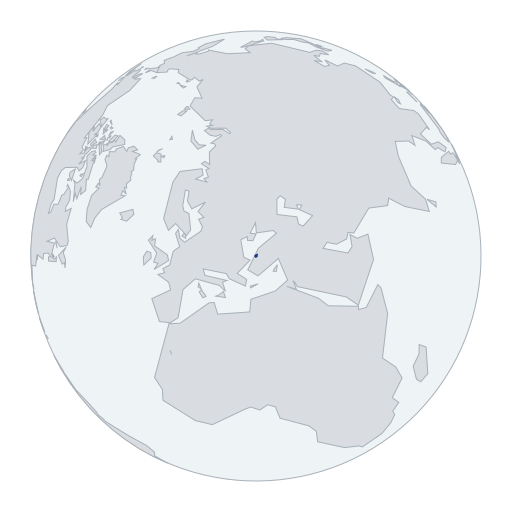 Düzce on an orthographic globe, rotated 320°
{"feature_id": "TUR-5519", "entity_name": "Düzce", "entity_type": "Province", "adm_level": 1, "iso_a3": "TUR", "parent_name": "Turkey", "parent_adm1": "", "projection": "orthographic", "projection_center": [31.197, 40.911], "detail": "fine", "context": "on_globe", "style": "filled", "palette": "blue", "viewbox_px": 512, "rotation_deg": 320, "n_neighbors": 0, "source": "natural_earth", "source_scale": "10m", "svg_char_len": 10936}
<svg xmlns="http://www.w3.org/2000/svg" viewBox="0 0 512 512"><g transform="rotate(320 256 256)"><circle cx="256" cy="256" r="225" fill="#eef3f6" stroke="#a8b0b8"/><path d="M192.4,39.9L194.6,39.3L188.3,41.2L191.3,40.5L199.5,38.4L204.2,37.2L225.8,36.1L252.8,35.5L261.9,34.3L259.4,35.8L277.1,33.5L292.1,35.0L274.7,34.1L272.7,34.8L282.7,35.9L282.7,36.9L287.6,38.2L286.7,39.5L276.7,39.5L275.9,40.5L283.0,41.3L286.7,43.5L276.3,42.1L281.6,46.0L265.7,48.0L238.7,45.3L229.4,49.4L200.4,55.3L202.6,56.7L193.0,60.5L191.9,63.7L186.8,64.4L190.4,66.4L195.3,65.2L198.5,65.8L198.3,67.8L191.8,68.8L190.9,68.0L188.9,69.3L185.7,69.1L187.2,70.3L179.3,71.7L186.8,73.3L180.2,76.9L175.1,77.1L176.1,73.2L166.7,65.6L161.9,65.5L153.9,68.8L137.9,82.7L132.3,84.6L124.3,90.0L127.1,90.4L134.4,86.5L137.7,89.2L146.2,84.6L148.7,85.2L157.2,82.6L155.3,87.4L148.9,93.6L141.8,96.3L138.7,99.3L145.1,100.7L131.3,110.0L121.5,124.2L118.0,126.5L112.0,123.1L113.1,112.7L105.4,110.3L109.8,116.6L100.9,123.0L99.2,126.2L99.4,128.9L102.5,128.5L99.3,131.9L93.8,126.5L96.5,123.3L98.3,124.8L98.8,120.2L95.0,117.6L90.8,121.5L89.5,114.9L86.5,117.9L84.6,118.4L89.4,114.0L80.7,122.1L78.5,119.0L66.5,134.4L78.9,117.2L83.8,110.9L87.9,106.0L100.3,93.2L113.7,81.3L128.1,70.6L143.2,61.0L159.0,52.7L175.5,45.6L192.4,39.9ZM37.4,201.4L35.0,216.6L34.5,217.5L32.0,242.5L33.2,262.7L33.5,273.5L33.0,276.1L34.3,282.8L34.3,285.8L43.0,312.1L50.4,330.9L52.2,341.1L49.9,343.9L55.1,357.9L48.3,343.3L42.6,328.3L38.0,312.9L34.5,297.2L32.1,281.2L30.9,265.2L30.8,249.1L31.9,233.1L34.1,217.1L37.4,201.4ZM63.2,139.4L52.3,160.3L55.0,154.4L55.6,153.2L59.1,146.6L59.5,145.9L63.2,139.4ZM65.5,136.8L67.2,133.8L66.0,136.2L65.5,136.8ZM206.2,36.7L199.7,38.3L192.2,40.1L197.7,38.5L206.2,36.7ZM220.3,34.7L217.3,35.4L214.2,35.3L216.9,34.9L220.3,34.7ZM268.4,33.5L263.0,33.3L268.2,33.3L268.4,33.5ZM288.4,38.2L289.9,38.0L291.8,38.8L288.4,38.2ZM157.7,80.2L157.4,81.4L156.0,81.2L157.7,80.2ZM161.6,78.1L160.1,77.1L161.7,76.0L162.6,76.6L161.6,78.1ZM292.2,41.6L294.8,43.2L290.4,41.6L292.2,41.6ZM163.1,79.6L164.8,74.2L167.7,72.3L173.6,73.2L163.1,79.6ZM295.1,44.2L301.5,48.5L305.4,48.4L297.9,51.8L295.0,46.6L289.0,44.5L293.7,45.0L295.1,44.2ZM196.9,64.1L191.7,65.4L196.2,62.6L196.9,64.1ZM199.0,62.2L208.1,53.6L215.7,52.9L211.1,55.7L221.0,53.8L220.2,57.6L214.6,59.6L209.8,59.2L213.1,61.0L199.0,62.2ZM292.7,53.3L292.8,54.5L290.8,53.2L292.7,53.3ZM200.1,65.9L201.3,64.0L207.9,63.3L206.7,66.8L205.0,65.9L200.1,65.9ZM224.0,51.6L228.7,51.9L229.4,55.0L231.3,55.6L220.8,57.7L224.0,51.6ZM203.4,67.1L206.0,68.7L202.7,70.9L199.4,67.6L203.4,67.1ZM210.1,61.6L213.2,61.5L211.1,62.7L210.1,61.6ZM192.5,80.3L193.8,77.7L197.4,77.1L192.5,80.3ZM207.2,69.2L208.3,68.4L209.8,68.0L210.8,69.5L207.2,69.2ZM222.0,59.9L221.3,61.3L226.3,59.2L227.0,61.7L219.9,62.7L223.2,63.3L223.5,64.1L217.4,64.2L222.0,59.9ZM216.5,69.8L207.7,72.5L204.6,77.2L201.3,77.8L206.9,70.3L216.5,69.8ZM217.6,66.5L216.2,68.7L212.8,68.2L211.7,66.4L217.6,66.5ZM230.0,63.1L230.8,58.9L232.3,58.9L230.0,63.1ZM216.3,71.2L218.4,70.6L216.4,71.6L216.3,71.2ZM226.5,65.6L226.6,64.1L228.4,64.0L226.5,65.6ZM222.6,70.7L219.8,71.5L218.9,70.2L222.6,70.7ZM224.9,68.4L227.3,68.8L220.3,69.3L224.7,67.7L224.9,68.4ZM228.2,65.8L229.2,65.3L227.9,66.5L228.2,65.8ZM227.5,75.3L218.9,76.3L217.0,73.4L225.6,72.8L227.5,75.3ZM103.7,343.0L92.0,306.7L98.5,298.1L100.2,283.8L145.7,252.0L154.7,258.7L189.8,261.7L194.1,264.6L189.3,275.9L215.2,294.8L224.3,285.9L248.3,295.2L264.7,294.8L271.6,272.3L244.8,272.5L240.8,261.3L262.8,251.6L286.3,251.7L285.5,247.5L271.1,238.5L277.1,230.1L266.2,234.7L270.2,239.1L263.5,242.3L259.5,238.6L261.7,235.6L254.8,233.7L245.8,249.2L248.9,255.3L230.4,257.3L233.8,267.9L228.6,272.3L220.9,256.2L222.0,250.5L207.3,232.0L204.4,238.0L218.1,256.2L213.6,254.4L209.8,263.5L209.1,255.1L194.9,234.5L178.5,234.8L156.7,253.2L147.3,252.0L139.9,244.1L148.8,221.7L168.8,227.1L172.2,220.0L169.0,207.1L175.3,210.1L176.5,205.8L184.1,207.4L195.7,199.2L203.5,199.8L208.9,187.0L213.6,185.8L209.1,193.5L210.2,199.6L229.8,201.6L233.8,199.2L235.7,190.9L240.9,192.9L240.2,184.6L251.9,182.2L237.1,178.6L238.9,169.7L246.4,163.3L244.4,160.0L232.2,170.4L229.7,175.2L231.9,180.3L222.8,194.0L215.9,195.6L215.3,179.4L205.4,180.1L209.3,167.9L239.8,146.0L252.2,142.4L270.8,154.5L267.5,160.0L259.1,158.2L266.1,167.9L265.9,163.2L270.2,165.1L273.0,157.7L276.2,158.8L273.5,150.2L277.7,150.7L279.3,156.1L287.1,146.4L296.1,145.7L296.3,143.1L294.0,140.5L307.0,141.8L306.6,139.9L302.2,138.6L298.5,134.0L297.1,126.7L301.7,127.6L302.8,130.3L312.0,137.7L314.3,145.4L316.0,145.1L315.1,138.7L303.9,129.5L301.7,124.9L307.6,128.5L305.3,126.8L305.7,124.8L310.3,123.8L304.1,119.7L301.9,98.8L310.7,95.4L316.1,100.4L319.4,88.5L329.0,86.7L324.9,85.4L323.8,79.6L320.7,80.0L318.7,79.0L314.3,65.5L316.8,63.5L310.4,57.3L308.3,56.8L306.1,57.9L297.9,51.8L305.4,48.4L309.7,49.6L311.4,47.1L321.1,50.6L330.0,52.8L339.6,58.9L345.7,60.5L345.7,59.4L354.0,61.2L371.3,69.6L357.5,67.5L331.6,58.3L342.2,62.2L339.8,62.9L343.7,65.5L351.1,68.4L352.0,67.7L364.2,82.8L382.3,96.5L380.9,90.3L385.5,90.2L404.8,103.1L428.1,134.6L434.6,137.1L438.6,141.6L441.1,148.6L435.3,142.2L432.9,143.8L429.3,139.4L431.3,149.4L426.2,143.6L430.3,154.7L434.7,157.2L434.8,150.1L440.6,162.9L447.7,165.0L454.5,174.4L462.8,202.7L462.3,218.7L463.5,222.6L460.2,223.1L460.5,235.1L470.4,246.0L471.8,251.6L470.1,270.8L469.2,267.0L460.4,268.2L462.2,283.2L469.0,285.6L471.4,295.2L467.7,297.7L464.8,289.6L461.7,289.7L460.1,277.4L452.8,263.9L448.9,273.4L446.9,266.1L436.3,257.7L429.3,270.8L419.8,302.2L422.4,321.3L417.4,333.3L401.9,313.9L394.8,297.0L389.2,302.0L373.2,291.8L345.6,301.3L341.7,297.0L336.5,301.2L325.2,298.7L319.2,291.2L312.3,293.3L328.4,312.8L335.7,310.5L341.8,299.9L344.9,307.4L355.8,311.2L343.8,334.2L302.8,359.4L298.8,345.3L267.9,305.9L268.9,300.8L268.7,300.3L268.4,299.3L265.5,307.5L260.2,299.2L276.6,328.3L279.4,340.6L302.2,360.4L300.0,362.9L307.4,366.3L331.0,356.2L331.2,360.9L320.0,384.5L287.3,415.5L291.7,430.8L289.5,443.3L269.3,452.2L271.3,459.9L260.9,462.8L260.4,466.6L252.2,470.3L238.4,472.9L214.6,470.6L212.9,467.7L200.8,459.8L183.8,438.0L189.5,429.1L187.3,420.1L170.2,395.7L173.9,384.0L169.4,377.5L160.0,376.4L154.8,368.2L149.1,366.3L114.1,357.1L103.7,343.0ZM129.5,273.1L128.1,277.2L128.1,277.3L129.5,273.1ZM311.2,263.4L325.3,261.5L319.0,248.2L324.0,246.6L320.0,242.9L318.5,247.3L308.9,236.9L315.0,231.5L313.3,225.4L308.5,225.9L298.8,237.7L312.5,252.3L309.2,258.8L311.2,263.4ZM35.0,216.9L34.4,220.7L34.5,218.2L35.0,216.9ZM44.6,181.7L43.5,186.2L44.0,183.1L44.6,181.7ZM50.8,163.5L45.4,178.6L46.4,173.9L50.1,164.6L48.5,168.8L50.8,163.5ZM63.0,140.2L61.6,142.7L60.9,143.6L63.0,140.2ZM64.6,138.6L64.9,138.0L66.3,135.8L64.6,138.6ZM101.3,123.3L101.6,123.8L101.0,126.9L99.8,126.3L101.3,123.3ZM107.3,137.0L102.1,142.3L105.0,137.9L102.3,137.7L105.0,128.6L116.3,127.2L110.7,129.3L107.3,137.0ZM111.7,116.8L108.7,122.2L111.5,116.4L111.7,116.8ZM175.4,182.1L177.6,185.8L174.3,190.2L164.3,190.8L169.1,184.2L175.4,182.1ZM181.7,190.1L183.8,174.7L190.1,174.1L186.2,177.0L190.1,178.1L184.9,183.1L188.8,198.2L186.1,203.3L169.2,200.8L176.2,198.6L173.6,194.9L181.7,190.1ZM178.3,140.8L179.3,135.4L191.6,141.1L189.2,145.6L179.2,146.1L176.0,141.1L178.3,140.8ZM173.1,82.8L172.7,81.3L174.5,80.8L176.3,81.8L173.1,82.8ZM192.8,79.1L176.8,89.4L175.5,88.1L167.6,96.4L161.2,96.1L166.5,90.6L155.6,97.0L157.9,92.0L150.9,96.9L163.4,84.7L165.0,80.8L165.7,85.1L171.5,85.3L174.5,84.3L184.2,78.6L190.5,71.0L197.3,70.4L200.5,72.1L200.0,73.8L195.7,73.5L198.2,76.1L191.6,77.0L192.8,79.1ZM233.5,98.6L228.7,96.4L232.6,103.9L226.0,104.0L226.9,104.9L221.9,107.2L217.3,111.6L214.5,111.0L213.9,113.0L210.6,114.8L208.9,117.5L203.1,117.4L200.6,120.8L199.3,118.8L196.5,124.8L196.0,120.4L191.7,122.6L194.4,125.7L167.5,121.1L156.6,123.4L147.7,128.0L148.1,120.4L156.7,111.6L169.0,103.9L179.4,103.1L177.7,100.1L182.2,99.0L181.7,101.8L185.2,96.8L188.8,96.7L199.7,91.3L202.5,84.8L206.6,82.9L207.2,85.4L210.8,81.8L214.8,85.4L217.8,84.2L224.8,86.9L224.3,92.8L227.7,91.1L233.2,93.4L233.5,98.6ZM229.3,76.2L230.2,82.7L227.1,86.2L216.3,80.2L213.1,80.8L206.0,77.6L210.7,72.9L212.3,74.1L214.9,74.3L212.4,75.7L216.3,74.8L218.7,76.6L222.4,76.4L221.7,78.5L229.3,76.2ZM199.4,260.9L202.8,262.0L208.2,262.2L205.9,268.2L199.4,260.9ZM189.4,247.0L192.5,246.8L191.9,254.8L188.4,253.9L189.4,247.0ZM194.8,240.0L192.8,246.1L191.8,242.3L194.8,240.0ZM212.1,193.0L215.5,192.5L215.6,194.5L213.5,197.2L212.1,193.0ZM243.5,122.9L241.3,120.6L242.4,119.7L241.7,113.3L246.4,113.0L248.8,116.8L243.5,122.9ZM266.8,276.4L261.8,280.8L259.4,278.8L261.6,277.6L266.8,276.4ZM232.1,275.4L239.8,278.7L231.4,277.0L232.1,275.4ZM248.6,121.5L247.7,118.9L250.7,120.4L248.6,121.5ZM249.9,112.5L253.4,113.7L246.9,112.3L249.9,112.5ZM327.8,435.1L312.0,456.5L301.4,458.3L299.6,453.7L305.6,441.4L317.9,435.8L324.1,428.7L327.8,435.1ZM477.2,298.7L473.6,311.7L471.2,316.3L472.3,311.8L476.1,301.7L477.6,296.7L477.2,298.7ZM472.1,312.3L467.7,314.2L457.7,303.9L461.4,299.5L471.0,299.7L470.5,303.1L473.2,303.4L472.1,312.3ZM480.5,272.3L479.9,280.9L478.0,289.7L476.9,292.8L476.1,286.1L476.6,279.5L477.7,276.2L479.1,245.9L480.1,245.1L480.4,256.4L481.1,259.0L480.5,272.3ZM423.4,322.4L428.6,330.1L425.5,334.3L423.4,322.4ZM477.4,228.6L478.3,241.5L476.8,226.7L477.4,228.6ZM475.1,216.5L476.2,219.8L475.1,218.5L475.1,216.5ZM465.6,227.8L464.5,232.3L463.4,229.8L464.1,222.6L465.6,227.8ZM459.7,182.6L463.7,190.1L464.9,193.4L462.5,190.5L459.7,182.6ZM288.2,118.7L283.9,127.6L284.0,134.5L289.0,139.0L280.1,136.8L280.0,126.1L288.2,118.7ZM299.8,101.0L295.4,97.6L298.4,96.9L299.9,97.6L299.8,101.0ZM296.3,100.5L288.7,100.5L287.0,97.3L293.3,97.8L296.3,100.5ZM268.6,110.3L267.0,112.9L264.7,111.5L268.6,110.3ZM480.8,270.6L481.2,259.1L481.2,252.9L481.2,249.0L481.3,252.9L481.2,257.9L481.3,259.6L480.8,270.6ZM479.6,228.7L479.0,226.6L479.5,232.8L477.4,216.5L478.5,221.1L479.6,228.7ZM477.4,218.6L478.0,224.3L476.7,215.6L477.4,218.6ZM477.5,223.1L476.4,219.2L476.6,217.0L477.5,223.1ZM477.3,216.9L475.4,208.9L476.4,211.8L477.3,216.9ZM473.5,210.8L475.6,211.8L474.7,216.6L469.6,203.1L469.6,199.5L473.5,210.8ZM441.5,138.6L438.7,135.8L437.3,132.0L439.7,135.0L441.5,138.6ZM430.1,118.6L436.0,130.2L440.3,140.3L441.3,139.8L446.4,147.4L442.4,144.9L435.9,133.5L433.5,127.0L428.7,121.4L424.1,114.4L418.1,109.4L414.7,105.3L419.4,108.0L430.1,118.6ZM415.6,107.5L403.5,97.8L402.9,93.8L405.5,95.0L411.3,101.0L411.2,102.8L415.6,107.5ZM400.4,94.4L400.2,96.2L382.1,88.6L378.2,86.2L391.6,89.0L392.2,90.9L396.8,93.7L400.4,94.4ZM295.2,54.6L293.0,54.5L294.3,53.8L295.2,54.6ZM317.1,79.4L314.5,77.9L316.2,76.8L317.1,79.4ZM308.3,73.3L308.3,75.5L306.5,72.8L308.3,73.3ZM308.5,80.8L307.4,76.2L311.2,81.1L308.5,80.8Z" fill="#d9dde1" stroke="#a8b0b8" stroke-width="1"/><path d="M255.3,255.3L255.7,255.3L255.8,255.3L256.0,255.3L256.1,255.2L256.3,255.2L256.6,255.2L257.1,255.4L257.8,255.5L257.7,255.8L257.6,256.0L257.3,256.1L256.9,256.1L256.8,256.4L256.7,256.7L256.4,256.9L256.2,256.9L255.8,256.8L255.3,256.8L255.1,256.7L255.1,256.4L255.1,256.2L255.1,255.7L255.3,255.6L255.3,255.4L255.3,255.3Z" fill="#3b82f6" stroke="#1e3a8a" stroke-width="1.5"/></g></svg>